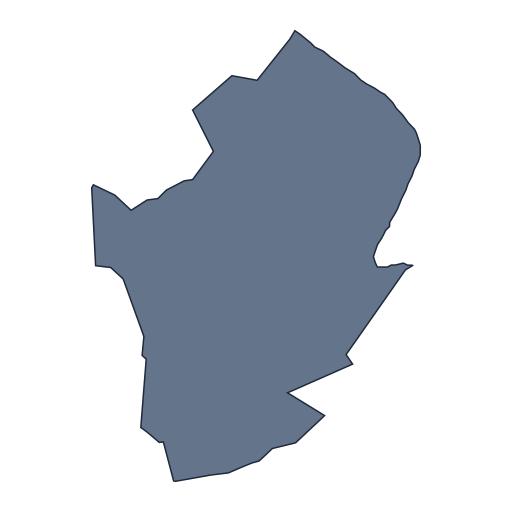 outline of Bekwarra, Cross River, Nigeria
{"feature_id": "59680162B86980115162892", "entity_name": "Bekwarra", "entity_type": "district", "adm_level": 2, "iso_a3": "NGA", "parent_name": "Nigeria", "parent_adm1": "Cross River", "projection": "albers", "projection_center": [8.932, 6.698], "detail": "fine", "context": "isolated", "style": "filled", "palette": "slate", "viewbox_px": 512, "rotation_deg": 0, "n_neighbors": 0, "source": "geoboundaries", "source_scale": "gbopen_adm2", "svg_char_len": 1238}
<svg xmlns="http://www.w3.org/2000/svg" viewBox="0 0 512 512"><path d="M352.6,364.1L346.1,354.6L405.5,269.8L412.6,265.6L412.2,265.2L411.4,265.2L407.4,265.1L403.4,263.1L395.4,265.0L391.4,265.0L387.4,267.0L381.3,267.0L377.3,267.0L375.4,262.9L373.4,256.8L375.4,250.7L377.5,244.6L381.5,238.5L383.6,234.5L385.6,230.4L389.5,226.5L389.7,222.3L395.8,212.2L397.8,208.2L400.6,201.1L401.9,198.0L406.0,189.9L406.7,187.6L408.0,183.9L412.1,175.8L414.1,169.7L418.2,161.6L420.2,155.5L420.3,151.4L420.3,145.4L418.4,139.2L416.4,133.1L414.4,129.1L408.4,122.9L402.5,114.8L396.5,108.6L392.6,102.5L388.6,98.4L384.6,94.3L380.6,92.3L374.6,88.2L366.6,84.0L360.6,79.9L354.7,73.8L344.7,67.6L336.7,61.5L330.7,57.4L323.5,51.3L314.8,47.1L310.8,43.0L305.4,38.6L300.8,34.8L294.9,30.7L289.8,39.2L257.1,80.3L231.9,75.7L192.6,110.0L213.4,151.4L192.6,179.6L184.3,180.8L166.5,190.0L157.8,198.6L147.1,200.0L131.1,210.3L114.8,195.1L93.4,184.8L91.7,187.8L95.6,265.7L110.7,267.5L123.2,279.0L143.9,336.5L142.1,355.4L146.2,359.2L140.8,427.5L147.6,432.5L159.3,442.4L163.4,442.0L173.6,480.9L175.5,481.3L210.3,475.1L228.4,472.9L241.8,467.1L251.9,463.0L259.1,461.0L272.4,448.5L295.6,442.8L324.6,415.6L287.5,392.8L352.6,364.1Z" fill="#64748b" stroke="#1e293b" stroke-width="1.5"/></svg>